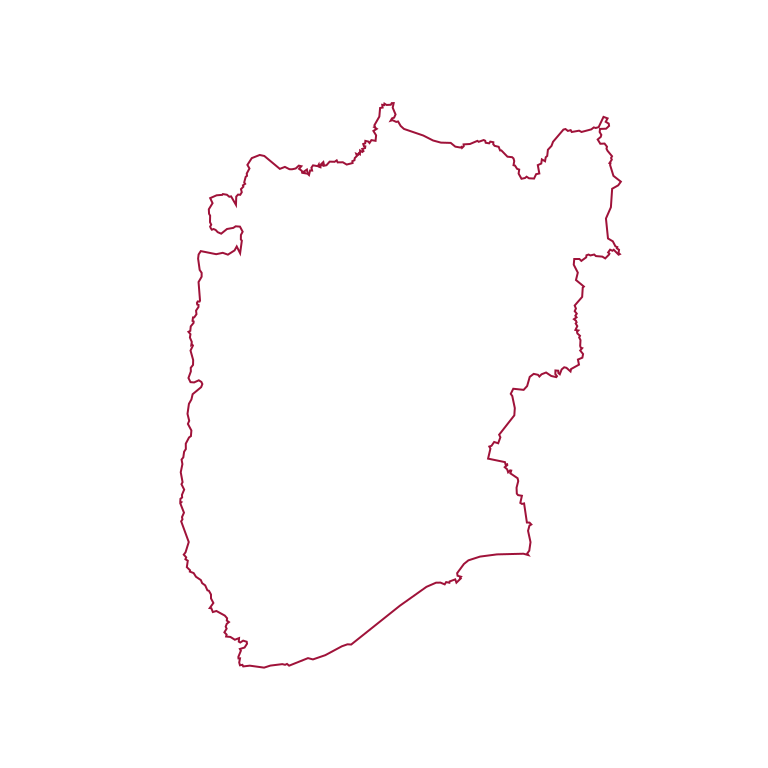 the district of Cabo Corrientes, Jalisco, Mexico, rotated 281°
{"feature_id": "50627088B86222630376242", "entity_name": "Cabo Corrientes", "entity_type": "district", "adm_level": 2, "iso_a3": "MEX", "parent_name": "Mexico", "parent_adm1": "Jalisco", "projection": "albers", "projection_center": [-105.39, 20.333], "detail": "fine", "context": "isolated", "style": "outline", "palette": "rose", "viewbox_px": 768, "rotation_deg": 281, "n_neighbors": 0, "source": "geoboundaries", "source_scale": "gbopen_adm2", "svg_char_len": 6149}
<svg xmlns="http://www.w3.org/2000/svg" viewBox="0 0 768 768"><g transform="rotate(281 384 384)"><path d="M479.5,178.8L475.8,177.3L471.6,177.6L460.8,181.3L458.3,183.8L454.5,184.5L448.7,182.5L430.7,187.5L429.7,187.2L429.5,185.4L427.9,184.9L426.4,185.5L426.3,186.8L424.2,187.2L420.2,185.5L416.7,186.6L413.2,185.0L412.9,183.8L409.4,184.0L409.1,185.2L407.6,185.4L403.7,183.3L399.2,183.7L397.9,182.1L396.0,184.5L392.6,184.6L388.6,187.3L385.8,187.4L386.4,187.9L385.3,189.1L379.9,187.7L371.1,192.1L366.3,192.9L363.0,191.2L359.5,192.0L352.6,190.9L348.9,193.7L349.3,197.3L352.3,201.5L351.2,204.3L349.3,205.7L346.0,205.1L337.5,198.1L332.1,197.9L327.3,196.3L317.2,196.8L310.7,199.8L307.4,199.1L301.6,203.8L296.0,204.4L294.3,202.8L287.6,200.8L282.3,201.9L279.4,200.7L273.7,201.0L271.2,199.7L266.9,201.4L258.6,201.3L249.2,205.0L247.0,204.3L242.2,208.0L236.6,206.8L234.1,207.5L232.5,206.1L229.4,206.5L229.3,207.6L228.0,206.8L219.5,212.2L214.8,211.1L212.7,212.0L210.5,211.1L191.6,222.5L180.9,221.3L178.3,220.0L176.1,222.9L174.1,222.5L173.1,225.1L166.6,225.4L164.1,229.2L162.8,229.2L162.1,233.2L158.9,236.2L156.6,241.6L153.8,243.5L152.2,246.9L147.8,250.0L147.6,251.6L144.4,254.3L140.5,255.1L136.5,258.3L130.8,255.7L130.9,257.3L127.5,259.5L129.2,262.8L126.3,271.9L124.1,274.7L121.8,274.8L120.7,277.2L118.6,275.4L115.6,274.9L113.8,276.2L109.8,274.7L108.0,277.3L106.0,277.2L106.4,281.5L104.5,286.4L106.9,290.2L103.4,290.6L102.8,292.2L105.2,294.7L104.8,298.4L102.9,299.1L98.7,297.4L96.4,293.1L94.9,294.4L88.3,293.1L86.9,293.5L87.2,295.0L83.0,295.0L80.4,296.3L81.3,298.6L79.9,299.7L81.9,306.0L82.7,320.4L85.9,326.2L89.6,337.6L89.5,340.5L90.7,342.2L89.4,344.6L100.4,361.7L100.1,366.8L106.6,378.1L118.5,392.7L121.5,397.8L122.0,401.5L169.4,441.9L193.0,464.4L198.9,473.0L199.8,477.3L198.9,481.8L201.4,482.8L201.4,486.1L202.7,486.1L205.8,491.2L202.8,493.0L207.7,496.4L208.1,495.7L209.5,496.4L209.8,492.8L212.3,491.9L222.6,496.8L227.0,500.5L232.9,511.2L238.3,527.4L244.0,553.3L243.6,558.3L244.9,556.9L248.1,558.4L256.7,558.0L267.4,553.4L272.8,553.8L274.2,555.4L275.7,553.3L275.3,550.7L293.5,544.3L292.6,542.3L293.3,540.5L300.6,540.7L300.5,536.8L301.7,535.3L307.5,533.9L314.3,534.3L317.0,533.1L320.4,525.1L323.3,525.4L323.3,524.3L321.0,522.7L323.7,521.2L325.4,518.4L327.9,520.5L328.7,520.2L328.0,518.8L330.4,517.6L330.6,500.4L340.8,500.8L342.7,499.3L343.8,501.3L348.1,503.2L347.6,507.4L353.9,508.4L356.2,506.7L378.1,517.9L385.3,517.0L396.7,512.2L398.5,510.3L404.0,511.8L404.9,522.2L409.3,524.9L418.8,525.7L422.5,529.0L422.4,533.4L421.0,535.1L423.6,536.8L426.2,540.9L423.8,546.6L423.6,551.8L424.7,552.3L426.4,550.3L430.0,549.7L430.3,552.5L428.0,553.1L427.1,554.7L432.2,555.6L434.8,557.7L434.7,560.0L431.9,564.7L434.4,564.8L440.2,571.7L445.0,569.7L447.7,573.7L451.4,573.7L454.3,570.2L457.0,571.7L457.2,570.2L458.8,569.3L464.6,568.5L466.9,566.7L468.7,567.2L470.5,564.2L472.1,563.5L473.6,564.5L473.6,561.6L477.7,562.7L480.0,560.6L481.3,561.3L482.8,560.3L483.9,558.1L486.2,560.3L487.5,558.8L489.8,559.8L491.9,557.3L494.7,558.0L497.4,556.2L507.3,561.9L516.5,560.7L517.8,561.6L522.7,552.6L530.3,553.0L537.3,547.5L543.0,546.9L544.0,552.0L542.5,554.2L546.9,558.3L549.0,558.2L550.1,560.1L549.6,562.1L551.2,565.6L550.0,567.6L550.7,574.0L549.5,577.2L554.0,580.2L555.0,580.4L555.9,578.9L559.0,580.3L558.4,582.8L559.6,583.9L555.7,589.6L556.5,590.7L557.4,589.2L560.6,589.1L561.6,586.7L562.9,586.9L563.3,584.9L567.7,581.4L569.6,576.1L588.8,570.3L600.8,573.0L619.2,570.7L623.7,576.0L627.8,577.9L632.1,569.5L642.2,564.1L643.8,564.2L643.9,563.2L647.7,564.8L649.2,563.8L651.1,564.4L655.6,558.9L657.4,557.5L659.5,557.6L662.1,554.6L661.1,550.5L664.8,547.1L667.9,549.6L670.0,549.8L672.5,547.6L675.6,547.4L677.0,553.3L680.3,555.7L682.5,554.9L683.7,551.6L687.4,552.8L688.1,548.5L677.1,545.7L675.7,543.0L675.9,541.0L673.5,538.9L669.1,529.8L669.9,527.2L667.2,520.2L668.8,518.8L667.5,516.2L668.9,513.5L668.0,511.6L654.0,503.7L649.7,503.0L645.2,500.2L639.0,500.7L637.4,499.5L633.4,499.6L634.6,496.1L630.4,496.3L628.2,493.2L620.3,496.3L619.0,493.3L614.3,492.1L613.6,487.1L614.7,484.4L613.1,483.1L611.7,479.8L616.2,476.0L620.3,475.8L620.6,473.6L623.4,470.9L623.5,469.4L627.7,469.3L630.1,468.1L631.1,466.5L630.7,461.8L635.7,454.6L635.4,453.4L638.7,451.3L638.9,447.1L640.2,445.5L642.2,445.2L642.2,442.1L640.3,441.3L640.2,437.8L642.1,436.9L642.5,435.3L639.8,430.7L640.5,429.3L636.0,422.6L634.4,416.4L632.6,416.9L630.6,415.5L631.5,414.8L630.7,413.9L630.6,408.7L633.4,403.5L631.8,393.8L632.4,385.7L635.4,375.2L638.2,354.9L640.5,351.1L644.4,347.7L643.6,346.0L644.6,342.0L643.7,340.3L646.3,341.2L647.4,343.1L650.8,343.9L656.9,339.8L661.6,339.9L661.2,338.0L659.4,337.4L658.4,333.2L659.3,330.9L657.8,330.9L657.7,329.0L655.1,329.9L654.2,327.5L645.6,328.4L636.2,325.2L634.9,326.0L634.3,325.4L633.1,328.2L630.4,325.3L626.6,328.8L621.1,329.3L621.0,325.1L617.8,323.8L619.0,322.3L619.1,319.3L616.7,319.6L615.6,317.8L613.7,318.9L613.7,320.3L612.0,320.4L610.6,317.8L608.7,319.4L607.6,318.4L608.6,316.0L605.0,316.5L605.6,315.2L604.2,315.0L604.7,312.8L602.7,313.9L600.2,312.2L598.0,312.3L596.7,310.4L594.9,311.0L592.3,305.5L593.8,301.3L592.7,296.2L594.5,294.9L592.7,293.1L591.9,288.2L587.8,285.8L586.6,283.0L586.9,282.1L588.0,283.1L590.3,282.1L587.3,280.0L584.6,280.3L584.8,278.9L587.0,278.1L585.2,277.5L585.1,272.6L582.5,271.5L579.8,272.7L579.5,270.7L574.8,270.5L575.7,269.1L579.8,267.4L577.1,264.7L575.8,266.6L575.7,263.4L577.6,262.6L579.0,259.6L582.0,261.3L582.1,258.7L578.7,256.2L577.2,252.7L576.8,250.2L578.2,245.3L575.3,240.7L585.0,223.0L585.1,218.3L580.5,211.1L573.0,208.1L569.9,210.8L564.4,209.1L562.2,209.8L561.0,208.7L555.2,208.3L554.0,209.5L552.1,207.6L550.8,208.3L548.0,206.4L545.1,207.8L542.3,206.8L542.1,204.6L539.8,203.2L531.6,204.5L539.0,198.1L538.3,196.4L539.8,193.7L539.7,189.6L538.8,189.1L537.3,183.7L533.3,177.9L528.8,181.2L522.1,178.7L517.7,179.8L516.1,181.2L509.7,182.3L507.4,184.0L505.3,183.3L503.7,184.4L502.6,185.6L503.6,187.1L503.1,189.3L501.3,191.8L500.5,195.5L506.2,200.3L508.5,206.3L510.5,208.3L511.0,212.6L506.5,216.2L503.0,215.1L498.6,215.9L497.6,217.1L484.9,217.8L490.9,213.2L486.6,211.8L481.2,206.1L482.0,200.7L479.4,194.5L479.5,178.8Z" fill="none" stroke="#9f1239" stroke-width="2"/></g></svg>